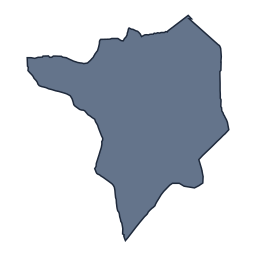 Abu Jubayhah, South Kordufan, Sudan
{"feature_id": "16777658B72808091845483", "entity_name": "Abu Jubayhah", "entity_type": "district", "adm_level": 2, "iso_a3": "SDN", "parent_name": "Sudan", "parent_adm1": "South Kordufan", "projection": "mercator", "projection_center": [31.566, 10.99], "detail": "fine", "context": "isolated", "style": "filled", "palette": "slate", "viewbox_px": 256, "rotation_deg": 0, "n_neighbors": 0, "source": "geoboundaries", "source_scale": "gbopen_adm2", "svg_char_len": 3770}
<svg xmlns="http://www.w3.org/2000/svg" viewBox="0 0 256 256"><path d="M191.5,18.8L191.1,18.4L190.5,17.8L190.4,17.7L189.3,16.5L189.1,16.3L189.0,16.2L188.9,16.1L188.5,15.7L188.4,15.6L188.2,15.4L178.0,23.2L167.9,30.9L167.4,31.9L165.8,31.6L164.3,32.5L161.0,32.5L159.6,33.1L158.5,32.9L157.5,32.8L155.9,33.5L154.2,33.2L153.2,34.2L152.1,34.2L150.0,34.3L148.5,34.9L146.3,34.7L144.7,34.9L141.6,36.6L140.8,35.3L140.4,34.2L138.8,32.4L137.6,31.3L135.9,30.8L134.3,30.0L132.9,29.3L131.7,29.3L129.1,28.0L128.4,29.0L127.9,31.5L127.3,33.1L127.1,34.9L125.9,37.1L124.4,38.6L123.9,39.7L123.1,40.9L121.1,40.6L117.9,38.5L111.7,38.5L110.1,39.1L109.0,39.2L105.0,39.3L100.5,39.4L100.2,39.9L99.7,40.8L99.5,41.2L99.5,41.4L99.5,41.6L99.4,43.2L99.4,43.4L99.4,43.5L99.3,44.1L99.0,45.4L98.6,47.1L98.4,47.8L98.3,48.2L98.2,48.5L98.1,48.8L97.9,49.5L97.7,50.1L97.5,50.7L97.2,51.1L96.6,51.8L95.7,53.1L95.3,53.6L95.0,54.0L94.9,54.2L94.8,54.4L94.7,54.6L94.4,55.2L94.0,55.8L93.4,57.0L93.2,57.4L93.0,57.6L92.8,57.8L92.4,58.2L91.9,58.7L91.3,59.4L90.3,60.5L89.6,61.1L87.5,63.0L86.4,63.2L84.3,63.5L83.7,63.6L83.1,63.4L82.7,63.3L81.9,63.1L81.5,63.0L81.1,63.0L80.8,63.0L79.5,62.8L78.4,62.6L77.9,62.5L77.6,62.5L77.1,62.3L75.8,61.8L75.0,61.6L73.8,61.2L73.5,61.1L72.6,60.7L72.0,60.4L70.9,59.9L69.5,59.3L69.2,59.1L68.6,58.9L67.1,58.1L66.3,57.7L64.2,57.4L62.7,57.2L61.4,56.3L58.1,56.2L56.1,56.1L53.3,56.1L51.7,57.3L49.7,57.3L48.4,55.9L47.1,56.0L43.0,56.1L42.4,57.1L41.3,57.2L40.0,57.3L38.0,57.3L36.6,57.8L34.8,58.4L31.2,57.7L27.2,57.7L27.5,66.3L28.3,67.3L28.0,70.6L30.0,72.9L31.7,74.6L33.1,76.4L34.1,78.4L36.1,80.5L37.4,82.4L37.6,83.2L38.0,84.2L39.3,85.7L41.7,86.6L43.6,87.0L46.2,87.7L48.6,88.8L51.9,89.6L55.7,90.8L58.6,91.4L61.8,92.3L65.1,93.3L67.0,94.0L68.7,94.9L70.2,95.7L71.2,97.3L72.1,98.8L73.1,101.9L73.8,104.7L74.9,106.0L76.7,107.3L79.6,109.4L81.4,110.0L83.4,110.2L84.7,110.8L86.3,112.7L88.0,114.7L90.3,116.1L92.2,117.6L94.7,119.2L95.5,121.6L97.6,125.2L98.6,128.3L101.6,136.0L102.7,138.1L102.6,140.3L101.8,141.4L101.9,144.2L101.3,147.5L100.2,151.0L100.1,151.3L100.0,151.6L99.9,151.9L99.5,153.4L99.3,153.9L99.1,154.7L98.8,155.6L98.0,158.1L97.8,158.7L97.8,158.8L97.7,159.1L96.3,163.4L96.1,166.4L94.7,168.7L95.3,169.9L95.3,170.0L95.4,170.3L96.0,171.9L96.7,173.3L97.9,174.2L99.5,174.8L100.8,175.9L103.1,177.3L105.3,178.9L108.4,181.1L110.3,182.5L112.1,183.9L113.2,185.2L114.3,187.1L114.9,190.3L115.2,193.9L115.6,197.7L116.2,199.5L116.4,203.1L116.7,205.2L116.7,205.3L116.7,205.7L116.8,206.4L116.9,207.1L117.0,207.7L117.1,208.4L117.5,210.0L117.7,210.8L118.7,212.0L119.3,213.7L119.7,216.7L120.4,219.0L120.8,221.3L121.8,223.0L122.4,226.2L122.8,228.7L122.6,233.9L124.1,234.9L123.8,236.0L124.4,238.0L125.4,240.6L127.7,237.9L135.7,227.5L139.6,222.6L144.5,216.7L146.3,215.0L147.3,213.9L148.2,212.1L149.6,210.5L151.8,208.4L153.3,207.3L154.9,205.8L155.6,204.0L157.2,201.1L157.3,201.0L161.2,194.6L163.7,191.4L169.7,185.2L172.4,183.3L179.3,183.3L184.1,186.2L194.5,187.9L198.8,185.7L202.8,183.0L203.1,176.5L202.5,173.7L202.4,172.9L202.3,172.5L202.3,172.3L202.2,172.0L202.2,171.8L202.1,171.6L202.1,171.4L202.1,171.2L202.0,170.9L202.0,170.7L201.9,170.7L201.6,169.0L198.8,159.6L202.6,155.5L211.9,146.6L217.1,141.4L220.4,138.3L223.0,135.6L223.9,134.8L225.0,133.9L228.8,129.7L227.8,124.5L227.4,122.3L226.4,119.7L225.0,117.2L224.6,116.2L224.1,115.3L223.6,114.7L223.1,113.0L221.8,110.9L221.6,108.4L221.6,107.8L220.8,106.5L220.9,104.5L220.9,103.0L221.0,101.9L221.0,99.7L220.3,98.3L220.3,95.4L220.3,93.9L220.1,90.7L220.1,88.0L220.1,83.1L220.0,79.0L219.9,74.7L219.9,72.3L219.9,71.5L220.9,70.3L221.1,61.3L221.1,61.6L220.9,61.7L221.3,56.7L221.0,52.5L221.0,52.4L221.0,52.1L221.0,51.9L220.9,51.3L220.7,48.6L220.3,47.3L219.4,45.5L218.7,45.1L217.6,44.2L195.1,24.1L189.1,18.8L191.5,18.8Z" fill="#64748b" stroke="#1e293b" stroke-width="1.5"/></svg>